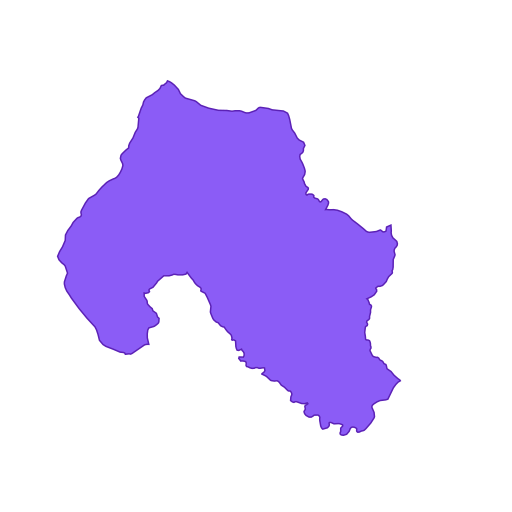 the district of Balsas, El Oro, Ecuador, rotated 294°
{"feature_id": "8360857B29129198314993", "entity_name": "Balsas", "entity_type": "district", "adm_level": 2, "iso_a3": "ECU", "parent_name": "Ecuador", "parent_adm1": "El Oro", "projection": "robinson", "projection_center": [-79.838, -3.774], "detail": "fine", "context": "isolated", "style": "filled", "palette": "violet", "viewbox_px": 512, "rotation_deg": 294, "n_neighbors": 0, "source": "geoboundaries", "source_scale": "gbopen_adm2", "svg_char_len": 6104}
<svg xmlns="http://www.w3.org/2000/svg" viewBox="0 0 512 512"><g transform="rotate(294 256 256)"><path d="M201.2,437.9L201.7,435.4L203.2,430.6L205.4,426.3L206.3,421.5L208.8,419.7L209.7,418.8L209.7,416.7L211.1,414.8L211.5,413.3L211.3,412.2L211.7,411.0L212.6,409.7L212.9,408.3L212.3,407.1L212.1,405.9L211.9,404.3L212.3,402.9L215.9,398.6L217.2,398.3L218.5,398.5L219.7,398.0L220.6,397.1L222.8,396.0L223.9,395.1L224.8,394.1L224.8,392.5L224.2,390.9L224.5,390.0L227.2,388.5L230.4,386.4L235.6,384.8L237.0,385.3L237.6,385.9L239.0,385.7L239.7,385.1L240.4,384.0L241.6,383.7L244.0,385.0L245.3,385.1L247.0,384.3L251.0,383.6L253.5,382.5L256.2,382.2L257.2,381.9L258.0,380.8L258.0,379.4L259.2,378.5L261.6,376.0L262.0,374.7L265.5,377.8L268.7,379.8L272.9,380.6L274.4,379.8L274.9,378.7L275.4,378.4L277.9,379.7L278.8,381.7L280.5,383.5L281.8,384.1L285.7,385.4L288.2,385.3L291.1,385.6L295.5,387.4L296.4,387.3L297.9,386.3L299.3,386.4L301.6,385.8L308.6,382.8L312.7,382.7L313.7,382.5L316.4,380.3L317.7,379.8L319.5,379.7L321.5,380.4L323.2,380.6L324.7,380.2L326.6,378.7L328.3,373.6L330.1,371.4L332.2,370.0L333.9,369.4L339.1,366.7L335.6,363.5L332.2,364.5L331.4,364.5L330.6,363.8L330.0,363.0L329.7,362.0L330.4,359.3L330.3,358.9L327.4,356.1L326.4,354.5L323.7,349.9L323.4,348.4L323.4,346.8L324.6,343.1L326.6,335.7L328.0,329.6L328.7,327.7L330.4,324.3L331.1,321.7L331.3,316.4L330.9,311.7L329.9,308.1L328.3,304.8L327.1,301.4L326.7,300.7L331.8,301.0L334.0,300.7L335.2,300.0L336.4,297.7L336.4,296.0L335.7,294.7L334.9,294.1L332.1,293.3L331.5,292.7L331.5,292.3L332.1,291.0L332.8,290.2L333.2,289.1L332.8,285.9L333.3,284.7L334.6,284.4L334.9,284.0L335.3,282.5L335.1,281.5L334.0,279.0L333.2,278.2L332.4,277.8L332.5,276.8L333.3,276.2L334.1,275.9L338.1,276.6L339.3,276.2L339.7,275.4L340.0,273.4L340.3,272.9L342.1,270.6L343.0,270.1L345.5,267.1L346.3,266.9L350.2,267.3L353.0,266.6L353.9,266.1L355.8,264.6L358.8,261.6L360.2,260.0L362.5,256.9L364.8,255.4L366.8,255.0L368.3,256.0L370.1,256.6L371.7,256.4L373.5,255.6L376.9,255.7L379.3,253.2L379.5,248.4L380.5,245.7L384.0,241.4L385.9,237.9L387.0,236.5L394.4,231.3L397.4,228.8L399.3,226.7L399.6,222.1L396.1,211.3L395.8,207.3L393.6,199.6L392.9,198.5L391.8,197.8L389.2,196.8L388.1,195.8L383.9,191.4L382.8,189.1L382.5,187.7L382.4,184.0L382.0,181.9L380.1,177.7L378.5,175.2L377.1,170.3L373.8,162.4L371.8,152.6L371.2,144.2L372.7,138.8L372.9,137.0L371.5,127.2L372.1,124.9L373.5,121.0L376.6,117.3L378.9,111.9L379.8,108.5L380.1,106.2L380.0,103.9L377.9,103.8L375.0,102.3L374.5,102.3L373.8,100.9L373.2,100.2L369.9,100.1L367.5,99.2L364.1,97.1L361.1,95.6L355.9,91.4L353.4,90.8L351.0,90.6L347.9,91.2L344.4,91.0L335.7,91.8L334.7,91.6L334.2,92.9L325.7,95.8L324.0,96.0L319.9,95.4L313.8,95.6L307.7,94.7L305.0,94.9L302.9,95.7L299.9,94.1L295.4,92.3L293.8,91.8L292.7,91.8L290.0,92.4L288.7,93.5L286.1,96.6L284.5,97.6L281.0,98.1L277.3,98.0L274.1,97.6L271.1,96.6L269.4,95.4L268.4,94.3L264.9,91.3L262.4,89.7L256.4,87.2L252.0,85.8L247.5,84.7L245.8,83.7L240.7,79.9L240.0,79.6L235.0,78.6L226.8,78.0L225.2,78.1L224.3,78.5L222.5,79.8L221.5,79.9L219.9,79.2L218.7,77.8L217.6,77.1L212.3,75.3L208.4,75.0L202.7,73.7L197.7,73.4L192.6,75.4L185.6,75.5L180.2,74.8L175.0,74.9L172.4,77.6L170.8,81.2L170.0,84.3L169.2,85.8L163.7,90.8L160.6,90.8L154.4,91.5L152.5,92.3L149.5,94.6L147.0,97.4L144.5,101.5L142.5,104.4L136.0,115.8L130.5,126.8L125.8,137.7L123.7,140.3L120.2,143.5L115.3,147.3L112.9,152.3L112.4,155.6L112.8,164.0L112.9,170.9L113.9,174.0L114.0,175.5L113.1,176.6L115.0,179.8L115.4,181.4L116.7,182.5L129.6,190.4L131.0,192.3L131.7,194.0L137.0,190.0L140.7,188.3L144.5,187.2L146.8,187.4L149.7,190.9L150.6,191.8L152.8,193.1L154.6,193.9L155.3,194.1L156.4,194.0L159.6,192.8L160.2,190.9L163.1,188.3L164.0,184.1L165.7,182.6L166.5,179.8L167.9,176.6L168.8,175.8L170.3,175.0L171.1,174.3L173.6,170.3L176.7,168.9L176.9,170.2L178.7,172.6L180.1,173.2L181.4,172.0L182.6,172.2L185.5,174.6L191.2,176.2L192.8,176.3L200.4,179.8L202.6,184.7L204.6,187.2L205.6,188.0L206.3,189.4L207.0,192.3L208.9,196.6L211.0,199.4L213.0,199.7L209.4,206.1L208.5,208.3L206.7,210.8L205.9,212.4L205.1,214.6L204.7,217.6L204.2,218.7L203.6,219.3L201.8,219.7L201.5,220.1L201.3,224.4L201.1,224.9L198.3,228.4L193.1,234.1L191.7,235.3L186.3,237.1L185.0,238.2L182.4,240.9L181.3,242.1L180.4,243.5L179.5,246.5L179.7,248.5L177.9,252.0L177.8,254.1L178.1,255.9L176.5,258.5L175.3,260.8L174.1,264.7L173.4,265.8L171.2,267.5L169.7,267.8L169.4,268.5L170.3,269.7L170.2,271.8L165.0,274.5L163.5,275.7L162.3,277.0L162.7,278.6L165.0,280.7L164.1,281.6L163.5,283.2L162.6,284.4L161.5,285.1L160.3,285.6L158.5,285.6L156.9,281.7L155.4,281.9L153.8,284.9L154.4,285.7L155.0,287.6L155.3,289.5L154.3,290.6L152.0,291.4L151.3,292.2L151.2,292.4L151.5,293.7L151.4,295.8L151.6,297.5L151.8,298.3L152.8,300.1L153.8,300.9L154.6,302.6L154.6,304.0L155.0,305.2L156.8,308.0L157.2,309.3L154.8,310.8L153.1,310.5L150.9,309.3L150.5,309.4L150.4,313.4L150.1,315.0L148.4,319.8L148.4,320.6L149.2,323.6L150.6,326.0L150.5,327.4L150.0,328.8L148.3,331.6L147.7,335.4L146.3,339.0L145.9,340.4L146.5,342.1L146.4,342.6L145.7,343.8L144.9,344.6L143.9,345.1L141.4,345.2L138.0,346.4L137.5,348.6L137.7,350.2L138.8,351.0L139.4,352.3L139.8,357.7L140.9,360.5L142.7,362.6L142.6,362.9L142.1,363.5L140.8,362.8L139.6,361.8L138.5,361.8L136.1,363.4L133.6,363.1L133.0,363.4L131.7,364.6L130.7,366.6L130.4,370.0L131.3,372.0L132.8,373.1L134.3,373.9L135.9,377.3L135.6,378.7L134.7,379.9L132.7,380.6L131.3,381.4L127.0,384.3L125.7,385.7L125.0,387.1L125.0,387.4L128.1,391.1L130.0,391.8L130.6,391.8L131.5,391.7L133.1,390.7L133.4,390.7L133.8,390.9L134.4,392.1L134.4,395.5L136.4,399.4L136.9,401.0L137.0,403.7L136.5,404.1L135.7,404.3L133.2,403.4L130.3,404.7L128.4,404.8L127.4,405.6L127.3,406.0L127.3,407.1L127.8,408.8L130.0,411.3L133.7,412.4L136.7,412.3L138.2,412.8L139.1,413.9L139.5,415.3L139.6,416.9L139.1,418.3L137.1,419.1L136.6,419.7L136.4,420.6L137.2,422.0L139.1,423.6L139.8,424.7L140.8,425.7L142.9,426.6L150.1,428.8L156.0,429.7L157.4,429.6L161.1,427.5L164.8,423.5L165.6,423.1L167.0,423.0L168.8,423.8L172.0,425.9L174.4,428.1L177.3,432.9L178.8,434.7L191.4,435.1L195.6,436.0L198.6,437.1L200.7,438.6L201.2,437.9Z" fill="#8b5cf6" stroke="#5b21b6" stroke-width="1.5"/></g></svg>